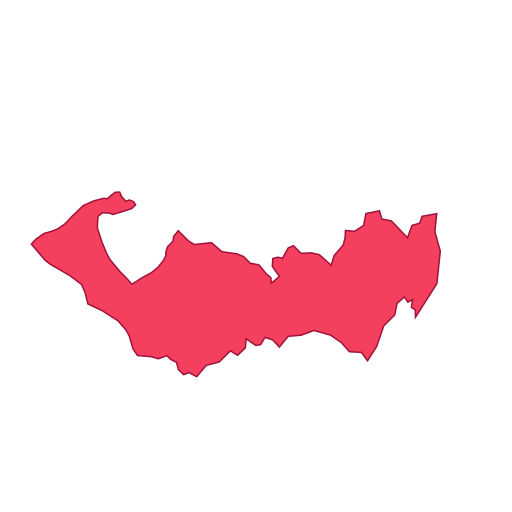 the district of Kegeyli, Karakalpakstan, Uzbekistan, rotated 321°
{"feature_id": "79887680B60420038747049", "entity_name": "Kegeyli", "entity_type": "district", "adm_level": 2, "iso_a3": "UZB", "parent_name": "Uzbekistan", "parent_adm1": "Karakalpakstan", "projection": "robinson", "projection_center": [59.462, 42.861], "detail": "fine", "context": "isolated", "style": "filled", "palette": "rose", "viewbox_px": 512, "rotation_deg": 321, "n_neighbors": 0, "source": "geoboundaries", "source_scale": "gbopen_adm2", "svg_char_len": 1785}
<svg xmlns="http://www.w3.org/2000/svg" viewBox="0 0 512 512"><g transform="rotate(321 256 256)"><path d="M368.2,292.2L358.8,300.0L348.1,298.8L341.6,292.4L336.7,297.9L330.5,302.4L317.0,304.8L308.6,310.5L306.1,294.9L301.1,288.5L292.7,282.3L291.6,271.5L286.2,270.0L275.1,274.4L272.2,270.7L267.5,268.5L262.1,274.4L261.4,286.6L250.8,286.8L253.9,282.1L252.8,276.2L252.7,264.7L247.0,258.0L246.0,248.6L242.5,242.2L238.0,237.5L232.2,231.1L229.8,217.6L215.3,208.3L213.0,201.8L211.5,187.4L204.3,189.0L200.9,192.2L193.0,193.2L188.5,196.1L186.0,199.1L180.8,201.3L172.4,203.1L164.1,203.1L153.9,201.2L141.8,199.9L141.4,191.7L140.5,182.7L140.3,167.1L141.5,160.3L145.3,147.5L150.5,134.1L158.1,125.8L164.0,125.8L169.1,130.5L170.9,133.7L175.9,135.7L182.1,138.2L189.2,140.9L194.6,140.5L195.1,136.8L192.9,132.8L189.3,131.6L189.0,125.1L190.3,120.6L186.8,117.9L182.6,117.7L176.6,117.9L173.8,115.2L164.7,111.1L153.4,108.1L137.9,109.4L127.9,110.8L119.3,110.2L112.7,108.2L105.6,105.1L95.8,104.4L88.9,105.4L89.4,126.4L90.9,132.9L99.1,154.4L102.5,168.3L100.2,176.7L95.2,187.5L102.0,201.6L108.0,219.7L108.4,232.0L107.1,238.5L101.9,251.0L101.3,258.8L111.2,268.3L115.4,274.4L124.0,277.4L124.6,282.6L127.3,288.6L124.2,295.4L125.1,302.7L130.6,304.5L133.9,312.5L148.4,309.7L160.9,315.2L176.4,313.6L179.2,321.6L189.9,320.7L196.2,314.2L199.6,325.5L203.8,327.8L211.7,324.9L216.2,331.6L216.8,341.5L230.5,338.7L241.3,346.0L254.1,350.3L264.0,364.2L267.9,377.2L268.3,389.1L277.3,397.3L276.7,407.6L292.8,402.3L311.3,390.7L326.8,389.1L335.7,381.6L345.5,381.2L345.0,387.4L350.2,388.5L344.4,393.7L345.9,398.1L341.3,404.0L379.2,391.3L402.3,368.2L410.3,349.7L423.1,336.8L410.1,329.7L403.9,333.5L396.5,330.4L385.2,337.2L383.3,313.9L377.1,306.5L380.4,298.6L368.2,292.2Z" fill="#f43f5e" stroke="#9f1239" stroke-width="1.5"/></g></svg>